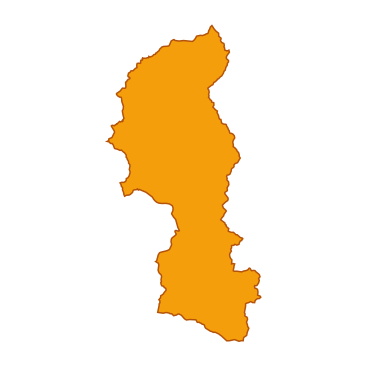 Mae On, Chiang Mai, Thailand (Albers equal-area conic projection), rotated 346°
{"feature_id": "78962969B29655257456650", "entity_name": "Mae On", "entity_type": "district", "adm_level": 2, "iso_a3": "THA", "parent_name": "Thailand", "parent_adm1": "Chiang Mai", "projection": "albers", "projection_center": [99.293, 18.727], "detail": "fine", "context": "isolated", "style": "filled", "palette": "amber", "viewbox_px": 384, "rotation_deg": 346, "n_neighbors": 0, "source": "geoboundaries", "source_scale": "gbopen_adm2", "svg_char_len": 6037}
<svg xmlns="http://www.w3.org/2000/svg" viewBox="0 0 384 384"><g transform="rotate(346 192 192)"><path d="M129.6,300.5L134.6,302.6L137.8,302.7L140.3,303.8L141.2,304.7L142.9,305.3L144.3,307.6L147.3,307.6L148.6,307.1L149.8,307.2L151.9,309.0L154.1,313.3L155.6,314.8L159.0,315.2L164.9,317.0L165.5,319.5L166.0,319.9L167.5,320.1L168.2,321.1L169.4,321.8L169.8,322.7L170.8,323.1L171.8,324.1L171.9,326.3L172.4,327.6L176.2,331.5L177.5,332.2L178.7,333.3L180.6,333.7L183.6,336.2L185.9,339.0L189.7,344.8L192.5,345.4L197.5,345.5L201.5,348.2L203.9,348.2L205.7,348.7L206.6,346.3L207.1,345.6L210.3,344.4L211.7,341.4L214.2,337.9L213.5,336.1L213.6,334.2L213.4,331.5L215.1,328.9L215.2,327.6L215.0,326.7L213.6,325.5L213.3,324.8L214.0,323.2L213.7,321.7L216.3,315.9L217.0,313.4L218.0,313.1L220.5,313.0L222.2,312.5L223.2,313.1L223.9,313.9L226.0,314.5L226.9,312.8L228.1,311.9L229.8,311.3L231.5,311.7L233.3,310.7L232.9,309.5L230.7,308.0L231.8,305.1L232.0,302.7L231.7,301.9L230.9,301.1L229.8,300.6L229.7,298.9L230.2,298.0L231.4,298.4L232.5,298.3L234.6,296.3L235.9,294.0L235.7,292.0L237.2,291.0L237.5,290.5L237.3,288.6L237.0,287.9L234.6,284.7L234.1,283.5L232.5,282.9L231.1,282.9L230.5,282.5L229.9,280.3L229.4,279.8L228.7,279.9L227.6,280.9L226.3,281.3L223.2,281.2L220.8,281.5L216.1,279.6L214.0,279.2L213.0,278.4L213.8,276.4L214.4,275.5L214.7,274.3L216.0,272.1L214.4,271.3L213.0,271.3L214.3,267.5L213.3,265.6L213.1,263.1L213.4,261.6L214.1,260.5L215.9,258.9L215.7,256.8L216.9,255.8L217.3,253.8L217.8,253.5L219.6,253.9L220.9,253.1L222.7,254.4L224.9,254.2L225.7,252.7L227.0,251.2L228.5,251.1L228.9,250.2L229.8,249.9L230.0,249.6L229.7,248.9L227.9,247.9L225.5,244.4L224.4,244.2L222.5,241.2L220.2,240.6L217.8,238.9L217.7,238.6L218.8,236.3L217.1,234.0L216.9,233.2L217.2,232.4L216.4,231.6L216.4,229.9L213.1,225.9L215.0,224.1L216.9,222.8L217.6,221.5L220.6,218.8L220.6,218.2L218.5,215.0L218.3,212.4L218.4,212.0L222.2,209.8L224.6,208.9L225.3,207.7L225.5,206.5L223.6,202.0L223.5,200.9L223.9,200.3L226.5,199.3L226.8,198.7L227.0,196.5L229.5,193.9L229.9,191.0L228.8,188.7L228.9,188.1L229.4,187.5L229.3,185.3L230.2,184.1L231.7,184.3L233.2,183.8L235.2,181.0L235.8,179.3L236.6,178.7L238.3,178.1L238.9,177.5L239.3,175.8L239.6,175.6L240.8,174.8L243.2,174.6L247.0,170.7L246.5,169.1L246.8,167.0L246.7,165.0L245.7,163.3L245.4,161.4L244.6,160.4L244.4,159.6L242.9,157.9L243.5,156.4L243.6,153.4L244.9,151.4L246.4,150.1L246.6,149.6L246.6,147.6L245.8,145.9L244.6,144.7L243.6,144.5L242.9,143.8L242.9,141.6L242.4,140.1L242.3,138.6L241.6,136.6L241.5,134.8L241.2,134.5L238.9,133.7L237.4,132.1L237.6,128.6L236.7,128.3L236.1,126.9L236.2,124.1L235.5,121.0L236.2,119.6L234.8,118.1L232.8,114.6L234.3,113.1L234.7,110.6L232.8,109.5L233.0,108.0L231.9,106.7L231.5,105.1L230.9,104.1L231.8,102.8L231.7,101.3L232.6,99.8L232.9,98.5L232.9,97.0L232.4,95.7L232.6,95.0L236.4,93.3L238.3,92.9L239.6,91.0L240.8,90.8L243.2,89.6L243.8,88.8L245.3,88.5L247.5,87.0L248.9,86.6L251.1,84.4L252.3,82.6L253.7,81.8L254.9,79.4L256.9,77.4L257.5,75.7L258.9,74.6L259.2,73.2L257.7,71.0L257.9,69.4L259.0,68.0L262.1,65.4L262.1,63.3L260.8,63.6L259.6,63.3L258.1,62.1L258.5,60.1L258.1,58.9L258.7,58.0L258.9,56.2L258.8,55.6L257.0,54.1L256.4,52.5L256.4,51.4L257.2,50.6L257.4,49.8L255.7,47.4L256.2,44.3L254.3,41.9L253.0,39.4L251.6,35.3L249.8,36.3L248.4,38.4L247.5,39.2L245.9,41.9L245.3,42.1L244.0,42.0L242.8,42.5L239.7,42.7L238.1,42.0L234.1,41.9L232.8,43.5L230.9,45.1L228.8,46.0L220.4,43.0L215.9,42.4L212.1,40.8L211.5,39.8L211.0,39.7L208.4,40.4L205.3,44.4L204.8,44.6L203.5,44.6L199.6,43.9L198.0,44.0L195.2,45.6L194.2,46.9L192.3,47.7L191.7,48.3L190.4,48.5L189.8,49.5L188.0,49.5L186.7,50.5L185.0,50.8L184.1,50.8L182.9,50.0L182.6,51.1L182.3,51.2L181.5,50.9L179.3,51.1L178.4,50.7L177.4,50.6L176.6,49.9L176.0,50.5L176.1,51.4L175.8,51.9L175.2,52.1L174.6,51.7L174.2,51.9L173.8,52.7L173.4,54.4L172.7,54.6L171.4,54.1L169.9,54.0L169.4,54.8L168.8,56.7L168.9,57.6L168.6,58.0L166.9,58.4L164.1,60.1L162.1,59.7L160.6,61.0L159.3,61.2L158.2,63.0L157.8,64.2L158.2,65.1L159.2,65.7L159.2,66.8L158.8,67.1L157.3,67.2L156.8,67.8L156.1,68.0L155.2,69.2L154.5,69.2L154.1,69.6L153.4,73.6L152.8,74.9L152.0,75.1L149.6,74.4L146.8,76.6L142.6,78.2L142.4,79.2L143.1,80.7L144.7,82.4L146.2,83.0L146.3,83.6L145.8,87.5L146.2,92.2L145.3,94.9L144.0,96.4L143.7,100.9L143.8,104.0L142.6,105.2L142.3,106.1L141.9,105.7L141.4,106.6L141.1,106.2L139.8,106.8L138.7,106.0L136.0,107.7L135.5,107.6L135.5,108.0L133.8,108.3L132.6,108.9L130.9,108.0L129.9,108.1L129.7,108.7L131.4,114.1L131.3,115.3L127.5,119.8L124.3,120.3L124.0,120.5L123.9,121.5L122.8,122.2L121.9,122.4L123.7,123.3L124.7,125.2L126.4,125.7L127.0,127.5L127.3,130.6L127.7,131.3L129.8,132.3L132.3,134.3L133.6,134.2L135.2,136.7L135.9,137.3L137.0,139.9L137.0,141.0L136.5,142.2L137.1,143.3L137.1,144.8L137.8,146.6L137.5,148.7L138.3,150.5L138.0,152.1L136.6,155.0L136.8,157.2L136.6,158.2L134.8,161.3L133.3,162.6L131.5,163.1L131.0,164.8L129.9,165.7L128.2,166.2L126.2,165.6L124.4,165.8L125.0,167.8L124.8,169.2L125.7,171.1L125.1,173.0L125.5,175.9L125.3,177.9L125.6,179.8L127.5,179.3L130.1,179.7L131.4,179.5L134.1,178.1L135.2,176.4L135.6,176.2L136.6,175.9L138.4,176.3L139.7,175.8L140.2,177.0L140.7,177.2L140.9,176.7L141.7,176.9L147.4,181.2L152.3,187.3L153.0,189.6L153.9,191.5L155.3,193.4L157.0,194.7L159.8,195.8L164.3,196.8L167.3,198.2L169.5,200.5L169.8,202.5L169.6,203.6L168.8,205.7L167.1,207.9L167.0,208.5L168.0,211.7L169.5,214.8L169.7,222.9L170.3,225.8L170.3,226.5L169.2,226.6L167.1,225.4L166.2,225.6L165.9,226.4L166.4,228.5L166.3,229.4L165.0,230.2L162.0,231.5L161.2,232.0L160.5,232.8L159.6,235.3L159.6,237.4L159.1,238.8L156.5,242.0L155.6,242.5L153.5,242.9L146.8,242.9L145.7,243.2L144.0,244.9L141.3,249.8L140.8,250.4L139.9,250.7L142.1,253.0L142.1,254.9L140.2,259.6L140.3,261.5L140.8,263.3L141.5,263.9L142.1,265.4L142.0,266.8L140.7,269.7L140.6,271.6L139.8,272.3L139.7,274.7L140.1,275.8L141.7,276.6L141.9,278.0L143.2,279.0L143.2,280.5L142.8,281.3L140.5,282.9L139.8,283.8L138.2,284.6L136.7,285.0L135.9,286.9L133.8,288.5L134.5,289.8L134.0,291.8L133.0,292.7L132.7,294.0L129.6,300.5Z" fill="#f59e0b" stroke="#b45309" stroke-width="1.5"/></g></svg>